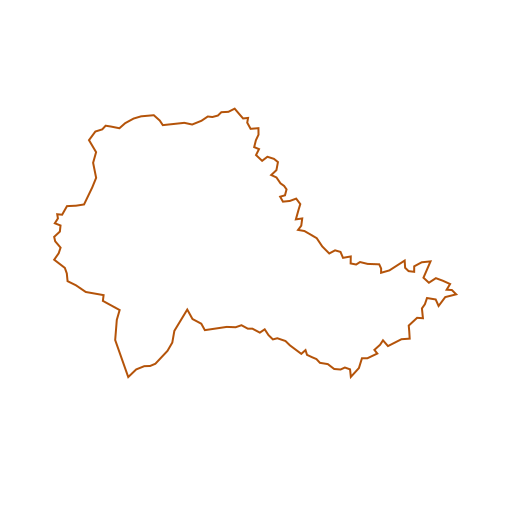 outline of Ciríaco, Rio Grande do Sul, Brazil, rotated 280°
{"feature_id": "56859067B13253078936111", "entity_name": "Ciríaco", "entity_type": "district", "adm_level": 2, "iso_a3": "BRA", "parent_name": "Brazil", "parent_adm1": "Rio Grande do Sul", "projection": "albers", "projection_center": [-51.915, -28.368], "detail": "fine", "context": "isolated", "style": "outline", "palette": "amber", "viewbox_px": 512, "rotation_deg": 280, "n_neighbors": 0, "source": "geoboundaries", "source_scale": "gbopen_adm2", "svg_char_len": 2165}
<svg xmlns="http://www.w3.org/2000/svg" viewBox="0 0 512 512"><g transform="rotate(280 256 256)"><path d="M114.6,151.2L123.5,157.7L128.1,165.1L129.3,170.8L132.4,175.6L147.2,185.3L156.2,188.6L168.1,188.6L191.3,197.6L182.9,204.4L179.8,213.9L174.1,218.5L181.1,239.5L182.3,248.3L185.3,253.7L183.0,260.6L183.8,265.1L181.2,273.1L185.3,277.3L180.2,282.1L176.8,287.1L178.7,291.3L177.4,299.8L173.9,304.9L167.5,317.6L171.9,321.1L167.5,323.4L166.0,329.0L165.0,333.4L161.9,337.5L162.0,345.5L158.3,352.6L158.9,359.0L161.6,362.9L160.7,368.3L153.4,370.4L163.5,376.8L173.7,378.1L174.6,383.4L181.0,392.4L184.1,388.9L190.1,393.6L195.0,395.7L190.2,401.6L199.3,413.7L201.3,421.7L208.4,420.0L214.0,418.5L223.1,425.4L223.7,431.2L233.2,428.5L237.8,430.7L244.3,431.7L244.4,440.5L238.5,444.5L248.4,449.5L253.0,459.8L256.5,454.8L255.9,449.6L262.1,452.0L264.1,444.2L265.4,437.0L259.7,430.9L263.7,424.7L281.0,428.8L278.6,420.3L273.3,413.6L267.9,414.5L267.6,408.9L270.3,404.9L277.3,403.2L265.0,389.9L261.2,382.1L265.4,381.4L269.2,378.8L267.6,367.3L268.1,359.5L265.0,356.1L265.1,350.5L272.0,349.4L269.3,342.0L274.7,338.5L275.3,332.9L271.2,327.7L276.9,319.6L284.1,312.7L289.0,299.4L289.0,292.9L293.7,295.3L301.0,295.0L299.0,288.9L309.1,289.9L314.8,290.6L319.5,285.6L316.1,279.8L314.2,273.1L318.6,269.5L320.8,274.0L326.9,274.5L329.9,271.5L331.8,267.5L336.9,262.5L338.4,256.9L344.1,261.2L352.3,261.3L354.8,256.8L355.7,250.0L350.8,245.5L355.4,238.5L361.8,240.4L362.9,235.3L370.0,235.8L375.9,237.4L382.3,236.2L380.3,228.6L385.8,224.2L390.6,224.2L389.2,219.4L393.0,214.7L397.4,209.4L393.2,203.8L391.6,196.9L387.7,194.1L385.3,188.9L385.0,184.3L379.7,178.8L374.4,170.3L374.7,162.3L368.7,141.5L372.7,137.7L376.9,130.9L373.6,118.6L370.1,111.6L364.1,104.1L358.1,99.3L358.3,90.6L358.2,85.3L354.0,82.6L350.7,76.2L341.1,71.4L330.5,80.5L319.5,79.4L305.2,85.0L295.0,82.8L276.9,77.7L274.3,70.1L272.3,61.2L263.0,57.9L262.6,53.0L258.6,54.4L253.3,52.2L252.1,58.2L246.0,58.6L239.8,53.9L235.6,55.7L230.3,62.1L224.4,61.2L217.3,57.9L211.1,69.8L206.0,72.7L198.5,74.8L195.9,83.7L191.0,94.6L191.0,112.7L185.2,113.0L179.1,131.1L169.0,130.0L148.8,131.9L114.6,151.2Z" fill="none" stroke="#b45309" stroke-width="2"/></g></svg>